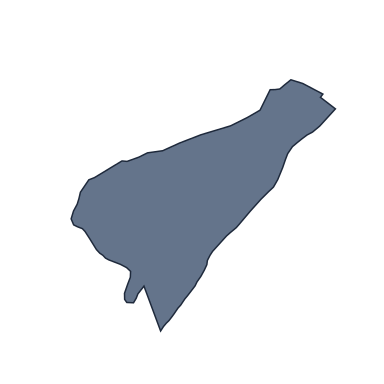 Kabong, Sarawak, Malaysia (Equal Earth projection), rotated 201°
{"feature_id": "92858781B82406813204277", "entity_name": "Kabong", "entity_type": "district", "adm_level": 2, "iso_a3": "MYS", "parent_name": "Malaysia", "parent_adm1": "Sarawak", "projection": "equal_earth", "projection_center": [111.235, 1.885], "detail": "fine", "context": "isolated", "style": "filled", "palette": "slate", "viewbox_px": 384, "rotation_deg": 201, "n_neighbors": 0, "source": "geoboundaries", "source_scale": "gbopen_adm2", "svg_char_len": 1235}
<svg xmlns="http://www.w3.org/2000/svg" viewBox="0 0 384 384"><g transform="rotate(201 192 192)"><path d="M155.7,315.5L157.8,292.8L167.1,281.3L179.7,267.6L190.9,258.9L204.1,248.7L213.7,240.0L221.0,233.4L234.2,220.0L247.6,212.6L254.1,205.5L263.6,197.3L268.5,195.9L273.8,189.1L288.2,170.5L292.7,166.4L296.1,151.8L295.2,145.4L294.8,139.5L295.8,131.8L295.2,123.6L290.7,118.9L286.6,118.5L281.2,118.5L277.7,116.8L270.7,111.7L260.6,104.0L256.1,101.8L252.6,101.0L249.1,99.3L245.3,98.8L237.4,98.8L232.9,98.8L226.0,98.0L220.9,95.9L219.0,90.3L219.0,83.0L218.7,73.2L216.4,67.6L213.3,65.5L206.9,67.6L206.0,72.8L206.0,77.5L203.1,86.9L171.5,51.0L170.4,56.2L169.0,60.3L167.5,63.5L166.3,67.4L165.1,71.8L163.5,78.6L162.0,82.4L161.2,86.0L160.4,89.5L159.0,93.6L155.5,105.4L155.1,110.0L153.5,116.3L152.5,123.5L152.1,129.5L153.1,133.6L152.5,139.3L151.5,144.0L149.6,148.9L144.0,163.4L141.7,167.8L137.9,174.6L136.4,178.7L130.8,194.8L125.0,210.0L120.6,219.8L117.7,225.8L116.4,234.3L116.1,247.2L116.4,255.7L116.4,262.1L114.5,270.3L111.7,275.4L108.5,280.9L105.0,286.5L100.9,291.2L96.4,299.3L87.9,321.0L106.0,326.4L104.9,330.3L127.5,333.0L139.9,332.2L144.0,325.1L147.0,319.6L151.1,317.4L155.7,315.5Z" fill="#64748b" stroke="#1e293b" stroke-width="1.5"/></g></svg>